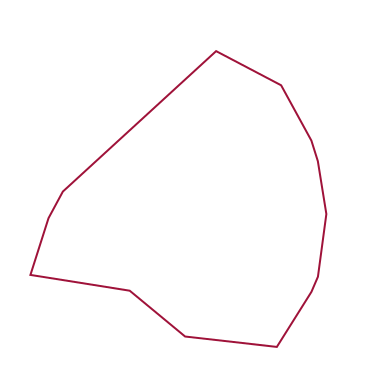 SVG path tracing the border of Tabor, rotated 12°
{"feature_id": "SVN-240", "entity_name": "Tabor", "entity_type": "Municipality", "adm_level": 1, "iso_a3": "SVN", "parent_name": "Slovenia", "parent_adm1": "", "projection": "robinson", "projection_center": [15.017, 46.225], "detail": "fine", "context": "isolated", "style": "outline", "palette": "rose", "viewbox_px": 384, "rotation_deg": 12, "n_neighbors": 0, "source": "natural_earth", "source_scale": "10m", "svg_char_len": 327}
<svg xmlns="http://www.w3.org/2000/svg" viewBox="0 0 384 384"><g transform="rotate(12 192 192)"><path d="M51.2,306.7L57.1,247.4L65.6,218.4L186.3,49.2L257.0,69.1L298.1,116.9L308.7,135.7L328.0,185.6L332.8,248.7L329.6,264.8L307.2,325.9L215.3,334.8L151.6,301.5L51.2,306.7Z" fill="none" stroke="#9f1239" stroke-width="2"/></g></svg>